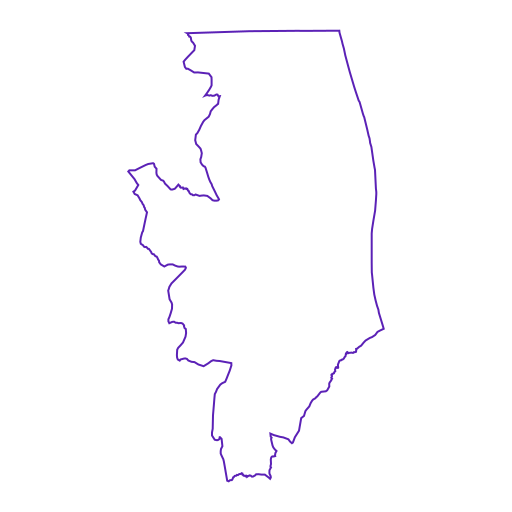 Kalemie, Katanga, Democratic Republic of the Congo (Equal Earth projection)
{"feature_id": "63176286B6958016734749", "entity_name": "Kalemie", "entity_type": "district", "adm_level": 2, "iso_a3": "COD", "parent_name": "Democratic Republic of the Congo", "parent_adm1": "Katanga", "projection": "equal_earth", "projection_center": [28.753, -6.07], "detail": "fine", "context": "isolated", "style": "outline", "palette": "violet", "viewbox_px": 512, "rotation_deg": 0, "n_neighbors": 0, "source": "geoboundaries", "source_scale": "gbopen_adm2", "svg_char_len": 5962}
<svg xmlns="http://www.w3.org/2000/svg" viewBox="0 0 512 512"><path d="M298.7,30.8L249.4,31.2L187.2,33.2L187.9,33.6L188.0,34.9L188.6,35.2L189.3,36.7L190.2,36.7L190.8,37.6L191.3,40.6L191.9,41.6L193.1,42.7L195.0,45.8L194.3,50.2L192.7,51.8L187.7,57.0L185.2,59.7L183.6,61.7L184.9,67.0L186.3,68.8L187.8,68.7L190.5,70.2L194.2,72.5L198.0,72.4L208.8,73.6L211.5,77.2L211.6,79.8L211.6,85.3L211.0,86.7L209.3,89.6L206.9,93.2L205.1,95.6L205.8,95.3L207.6,95.1L209.4,95.6L210.8,95.2L212.2,95.8L214.2,95.7L216.4,94.5L217.5,94.6L218.5,96.4L219.8,96.2L219.3,97.6L218.6,99.8L218.1,103.9L217.4,104.3L216.8,105.0L216.4,105.3L214.0,107.2L212.4,109.1L210.7,111.3L210.0,114.0L208.7,116.7L204.5,120.1L203.2,121.8L200.9,126.0L199.2,129.9L197.3,133.2L195.9,134.6L195.2,140.2L196.2,144.0L198.7,146.6L200.5,148.6L201.1,150.4L201.8,153.2L201.2,157.0L200.4,159.3L200.6,162.3L202.0,164.6L203.6,166.2L204.8,166.6L205.5,167.7L207.1,172.8L208.3,176.8L209.3,179.6L210.3,181.9L211.7,184.3L212.2,186.1L214.9,191.5L216.7,195.3L218.3,198.0L218.8,198.9L219.0,199.4L218.1,200.4L216.5,200.7L214.5,200.7L212.5,200.2L210.7,198.4L207.3,195.9L203.8,195.4L201.4,195.6L199.5,195.9L195.6,194.5L194.4,195.2L192.9,195.2L191.9,194.3L190.7,194.2L189.5,192.9L188.6,190.8L188.0,190.6L187.3,188.9L186.6,189.0L186.1,188.4L185.3,188.7L184.9,188.4L183.5,189.0L183.0,187.8L182.9,187.5L180.8,187.7L180.4,187.4L180.0,186.3L179.7,186.4L179.4,185.7L178.4,184.6L177.6,185.6L175.0,188.6L174.2,189.0L172.0,189.6L170.6,189.4L167.6,186.1L165.0,183.6L163.9,181.5L163.2,180.7L161.0,179.9L157.4,175.9L156.7,174.6L156.4,172.8L156.5,168.7L156.4,168.6L154.7,166.7L154.0,163.8L153.1,163.2L148.2,164.0L145.7,165.0L139.4,168.1L135.1,170.3L129.4,170.3L128.3,171.5L134.5,179.1L136.8,183.1L138.3,185.0L135.0,190.6L133.4,191.7L133.7,192.2L134.7,194.0L137.6,195.3L139.6,198.6L139.9,199.4L140.2,200.0L141.1,201.2L141.8,202.0L142.6,203.9L143.7,205.3L144.1,207.0L144.7,207.7L145.1,209.4L145.3,209.9L147.0,212.3L145.4,219.6L143.0,231.1L142.2,232.4L140.8,237.5L140.3,241.8L140.8,243.8L143.1,245.3L143.9,246.6L145.0,247.1L146.1,246.9L146.8,247.4L147.9,248.8L148.9,248.9L151.1,251.9L151.7,253.4L152.7,254.1L153.8,254.2L155.4,256.2L156.7,256.6L157.3,257.6L158.1,259.4L158.1,259.5L159.0,260.7L159.1,261.4L159.2,262.3L160.8,264.4L164.3,266.5L167.9,264.6L169.9,264.4L172.7,264.4L175.1,265.6L177.7,266.5L179.3,266.7L182.2,266.5L185.3,266.6L185.9,267.8L185.0,269.7L182.4,272.4L171.5,283.4L169.4,286.8L168.7,289.2L168.2,290.6L169.6,299.3L171.6,302.7L172.1,304.5L172.0,308.7L170.7,313.2L169.5,316.8L168.4,319.3L168.4,321.3L169.3,323.2L172.2,321.9L174.0,321.7L175.6,322.7L177.4,322.8L178.4,323.2L181.0,323.0L182.5,323.5L184.1,325.4L184.0,326.3L184.6,328.1L185.8,329.0L186.1,333.1L185.5,336.7L183.0,342.5L180.4,345.5L178.2,347.8L177.2,349.7L176.9,355.1L177.1,357.6L177.8,359.5L179.7,360.6L180.5,359.5L183.8,358.6L185.2,358.4L186.9,358.9L188.3,360.5L191.5,361.8L194.5,362.1L198.4,364.5L201.2,365.4L203.6,366.2L208.3,363.3L211.2,361.1L213.2,360.2L216.5,360.8L219.6,361.0L231.3,363.1L231.4,365.4L229.7,370.7L227.9,375.2L226.7,378.3L225.2,381.8L222.2,383.2L220.3,384.6L217.1,389.0L216.0,391.8L214.8,394.1L214.4,398.3L213.9,404.6L213.0,415.3L212.7,428.8L212.0,432.4L212.0,435.5L214.7,439.7L216.3,440.1L217.8,440.1L219.4,439.1L219.7,437.2L220.0,437.2L221.6,438.9L222.4,446.2L221.0,449.0L220.7,451.1L220.7,453.5L221.2,454.8L222.6,457.8L223.3,459.2L223.8,461.2L224.7,466.2L226.6,477.3L227.2,480.7L228.7,481.3L230.0,480.2L231.8,480.1L232.4,479.4L233.2,477.3L233.7,477.2L234.7,475.9L236.2,475.7L236.9,474.9L237.9,475.1L239.2,474.1L240.9,473.9L241.6,473.2L242.4,473.5L242.6,474.8L243.2,474.9L243.6,475.7L244.5,475.7L245.4,476.3L246.1,475.6L246.6,475.8L247.0,476.9L247.7,476.4L248.0,476.0L249.0,475.8L249.4,475.4L250.7,475.6L251.8,476.6L252.9,476.6L255.1,475.4L256.1,474.3L258.5,474.2L261.6,474.6L264.8,474.6L268.8,477.6L270.1,478.8L270.8,477.5L270.7,476.6L270.7,476.2L269.5,473.7L269.4,472.5L269.5,470.2L271.0,467.4L270.5,466.9L270.5,466.0L271.0,464.0L270.8,459.5L271.1,457.9L271.7,456.8L272.4,456.4L273.6,456.5L274.1,456.2L274.5,456.3L275.2,456.1L275.0,455.3L275.4,453.0L276.5,451.0L274.8,449.4L273.3,447.4L272.5,445.4L271.1,439.4L271.1,438.6L271.6,437.7L270.7,436.6L270.4,433.6L273.9,435.1L276.4,435.8L279.9,436.8L283.3,437.4L288.4,439.3L290.0,441.5L291.9,443.2L292.9,442.5L294.9,437.2L299.0,430.7L301.2,418.1L304.0,415.9L305.4,411.1L306.5,409.6L309.3,406.4L310.6,403.2L311.9,401.0L313.0,399.6L315.3,398.3L315.6,398.0L316.2,397.2L317.2,396.5L320.3,392.5L321.2,391.8L325.8,391.3L327.2,390.3L329.3,386.5L329.2,383.8L329.6,382.6L331.3,380.3L331.4,379.5L332.1,378.7L331.3,377.7L332.0,376.3L331.9,375.8L331.5,375.4L331.5,374.7L332.1,374.5L332.3,373.8L333.5,373.6L334.0,373.2L334.1,372.4L335.3,371.2L335.0,369.8L335.6,367.8L336.0,367.2L336.4,367.1L337.1,367.9L338.0,367.9L338.2,367.6L338.0,365.8L337.9,364.7L339.3,361.1L340.2,360.4L341.1,360.3L341.6,359.7L342.5,359.6L343.8,358.6L344.6,357.1L345.5,356.2L345.9,353.7L346.3,353.8L346.9,352.2L347.3,352.0L347.7,352.3L348.2,353.2L349.0,352.9L351.7,352.6L351.9,352.7L353.0,352.9L354.2,352.3L354.2,352.1L355.1,352.1L355.5,352.0L355.8,351.9L356.0,351.8L356.0,351.5L356.1,351.3L356.1,351.1L356.2,350.9L356.2,350.7L356.1,350.3L356.2,350.1L356.2,349.9L356.2,349.6L356.2,349.3L356.1,349.1L356.1,348.9L356.5,348.8L356.7,349.0L359.2,346.8L361.1,345.7L363.7,342.5L365.6,340.5L369.9,337.9L372.0,337.1L375.2,335.0L377.5,331.9L380.1,330.5L383.7,328.8L383.0,326.3L378.9,312.9L378.4,309.7L377.0,305.7L375.6,300.4L374.3,294.6L373.4,287.9L372.0,274.1L371.8,272.4L371.7,262.8L371.7,233.4L372.1,228.9L373.4,220.6L375.1,210.7L375.9,200.7L376.3,194.1L376.3,192.0L375.9,188.4L375.0,169.9L374.5,167.4L373.3,160.4L371.4,147.0L370.1,142.8L370.0,141.5L369.5,138.3L369.0,136.8L368.6,135.6L367.3,129.8L364.2,117.1L363.7,116.1L362.9,113.7L359.6,102.0L358.7,100.6L355.7,91.6L354.1,86.6L349.8,72.1L348.3,66.6L345.3,55.4L343.9,48.6L342.5,43.7L342.0,41.4L339.5,32.6L339.3,30.7L300.0,30.9L299.4,30.8L298.7,30.8Z" fill="none" stroke="#5b21b6" stroke-width="2"/></svg>